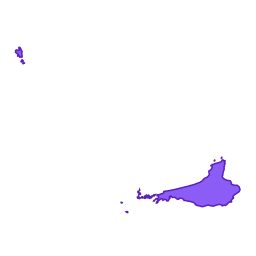 Phu Quoc, Kiên Giang, Vietnam, rotated 88°
{"feature_id": "81297802B871478188231", "entity_name": "Phu Quoc", "entity_type": "district", "adm_level": 2, "iso_a3": "VNM", "parent_name": "Vietnam", "parent_adm1": "Kiên Giang", "projection": "mercator", "projection_center": [103.915, 9.853], "detail": "fine", "context": "isolated", "style": "filled", "palette": "violet", "viewbox_px": 256, "rotation_deg": 88, "n_neighbors": 0, "source": "geoboundaries", "source_scale": "gbopen_adm2", "svg_char_len": 5755}
<svg xmlns="http://www.w3.org/2000/svg" viewBox="0 0 256 256"><g transform="rotate(88 128 128)"><path d="M200.4,25.6L199.6,25.2L198.6,24.1L195.5,19.1L194.0,18.4L193.2,18.2L192.2,18.6L191.3,18.7L190.7,19.0L189.2,20.6L189.0,21.3L189.0,23.1L188.7,24.2L188.1,25.9L187.8,26.4L187.0,26.7L185.8,26.9L185.0,27.2L184.3,27.7L183.7,31.0L182.4,33.5L181.2,34.8L180.3,35.4L179.8,35.5L179.2,35.5L178.7,35.0L178.1,35.1L177.9,34.9L175.2,34.4L174.8,34.1L174.1,34.0L173.5,33.6L172.6,33.5L172.3,33.3L170.7,33.4L169.7,33.0L168.3,32.9L167.9,32.7L167.5,32.7L166.8,32.2L166.6,32.3L166.2,32.7L165.8,32.8L165.5,32.7L165.2,32.3L164.2,32.1L163.9,32.2L163.9,32.3L164.2,32.9L164.2,33.5L163.6,33.9L163.5,34.5L163.2,34.5L163.3,34.7L163.2,35.0L163.4,35.2L163.8,35.2L164.7,35.9L165.1,36.5L165.5,37.7L166.1,39.7L166.5,42.0L167.6,44.6L167.4,45.1L167.6,45.3L168.1,45.6L168.3,46.4L168.6,46.4L168.5,45.8L169.0,45.4L169.7,45.3L170.2,45.4L171.0,45.6L172.2,46.3L173.2,47.4L173.5,48.4L174.2,48.7L175.4,48.7L176.8,48.2L178.2,48.9L179.1,49.7L179.8,50.5L180.3,51.6L180.8,52.6L180.9,53.1L181.3,53.8L181.9,54.1L182.4,54.9L183.1,55.2L183.4,55.6L183.9,56.4L184.1,57.0L184.6,57.6L185.0,58.4L185.9,61.5L186.2,62.0L186.2,62.3L186.4,62.7L186.9,64.3L187.6,67.0L187.5,67.5L187.8,67.8L191.3,84.5L192.5,92.2L192.3,92.9L192.6,93.4L192.5,94.1L192.8,94.4L193.1,94.4L193.3,94.6L193.7,94.5L194.0,94.6L194.4,95.1L194.8,96.4L194.8,97.1L195.4,97.8L195.5,98.7L195.8,99.0L195.9,99.8L195.7,100.2L195.9,100.4L195.8,100.9L196.1,101.4L196.7,101.3L196.9,100.2L197.7,99.9L198.3,99.9L198.6,99.9L199.3,100.4L200.0,101.3L200.4,100.6L201.1,100.2L201.4,100.3L201.6,100.5L201.7,100.9L202.0,101.2L202.4,101.4L202.7,101.8L203.9,102.3L203.9,101.7L203.4,101.0L203.0,100.6L202.6,101.0L202.0,100.8L201.6,100.2L201.5,99.6L200.9,98.9L199.9,97.5L199.9,96.6L200.3,95.8L200.6,95.6L201.2,95.9L201.5,95.5L200.8,94.8L200.8,93.3L201.0,92.6L201.4,91.9L201.6,91.8L201.9,91.9L202.2,91.8L202.1,91.2L202.3,90.6L202.2,90.3L202.0,90.1L201.7,90.0L200.9,89.8L200.6,89.4L199.4,88.4L199.2,88.4L199.1,88.9L198.8,89.1L198.4,89.0L197.8,88.5L197.4,87.5L197.6,87.2L197.9,87.3L199.0,86.0L198.9,84.4L199.1,83.2L199.9,82.4L200.1,82.3L200.3,82.1L201.1,80.7L200.4,79.0L199.9,78.5L199.9,77.5L200.2,76.7L200.9,75.5L202.3,74.5L202.1,74.3L202.3,73.9L203.4,69.8L203.3,69.4L204.6,65.4L205.4,64.1L206.0,63.6L206.5,63.6L206.8,63.1L207.0,63.1L207.3,62.7L207.9,61.4L208.4,59.1L208.8,57.9L209.2,57.2L209.1,56.3L209.1,55.2L208.9,54.6L208.7,53.8L208.2,52.6L208.0,51.0L208.0,49.8L208.6,48.2L208.8,47.0L209.1,45.9L209.1,45.6L209.0,45.1L208.0,42.0L208.0,41.3L207.7,40.7L207.7,39.9L207.7,38.6L208.0,37.5L208.6,36.8L209.1,36.6L209.1,36.4L208.5,34.6L208.6,33.9L208.8,33.4L208.5,32.8L207.9,32.2L207.9,31.9L207.6,31.7L207.4,31.3L206.1,30.2L205.7,29.5L205.5,28.6L204.8,27.9L204.8,27.6L204.9,27.4L205.5,27.4L205.4,27.1L205.0,27.0L204.7,27.4L204.6,27.5L203.8,27.3L202.2,25.7L202.0,25.2L201.7,25.0L201.2,25.0L201.0,25.5L200.8,25.6L200.4,25.6ZM49.4,231.6L48.3,231.2L47.7,231.2L46.5,231.9L44.4,232.7L43.8,233.2L43.6,233.6L43.5,234.0L44.0,234.3L44.4,234.3L45.9,233.8L46.4,233.8L46.7,234.1L46.7,234.8L46.1,236.0L46.1,236.4L46.4,237.4L46.8,237.7L47.0,237.8L47.7,237.5L48.5,237.7L49.7,236.4L50.2,235.4L51.3,235.1L52.0,234.4L52.5,234.1L53.2,233.9L53.5,233.6L53.4,232.8L53.5,231.7L53.2,231.4L52.9,231.3L51.2,231.4L49.4,231.6ZM196.9,109.3L196.6,109.1L196.1,109.3L196.1,109.9L196.0,110.0L196.4,110.2L196.6,110.7L196.5,111.0L196.2,111.3L196.4,111.3L196.5,111.6L196.7,111.8L196.7,112.3L196.4,112.5L196.3,112.8L196.1,112.8L196.2,113.1L196.7,113.3L196.8,113.6L197.0,113.4L197.5,113.7L197.6,113.9L197.6,114.1L198.0,114.5L198.4,114.6L198.6,114.3L198.8,114.1L199.0,113.5L198.9,113.2L198.3,112.9L198.1,112.4L198.2,111.9L198.4,111.6L198.5,111.3L198.4,110.8L197.5,109.5L197.4,109.4L197.2,109.5L197.1,109.3L196.9,109.3ZM198.6,108.1L198.7,107.5L198.5,107.1L198.0,106.8L197.8,106.4L197.3,106.1L196.7,106.2L196.9,106.9L197.4,107.4L197.5,108.3L198.1,108.3L198.8,109.1L199.1,109.2L199.2,108.9L198.8,108.1L198.6,108.1ZM57.8,232.7L58.1,232.6L58.2,232.4L58.3,231.2L57.5,230.4L57.1,230.4L56.2,231.3L56.1,231.5L56.3,231.7L57.1,231.9L57.5,232.6L57.8,232.7ZM196.7,104.9L196.9,104.6L196.8,104.1L196.3,103.6L195.5,103.0L195.6,104.4L196.2,105.0L196.7,104.9ZM197.7,116.9L198.5,116.4L198.5,116.1L198.2,115.8L197.5,115.8L197.1,116.1L197.2,116.6L197.7,116.9ZM211.7,132.8L212.3,132.1L212.5,131.3L212.2,131.1L211.7,131.3L211.4,131.7L211.4,132.0L211.6,132.3L211.7,132.8ZM194.7,118.0L194.6,117.8L194.3,117.8L193.9,117.9L193.9,118.1L193.5,118.1L193.4,118.3L193.7,118.6L194.1,118.6L194.7,119.3L194.8,119.1L194.6,118.2L194.7,118.0ZM192.9,119.7L192.3,119.4L191.9,119.6L191.6,119.7L191.5,119.9L191.8,120.3L192.5,120.4L192.9,120.2L193.0,119.9L193.3,119.6L192.9,119.7ZM60.0,230.8L60.1,230.6L59.8,230.0L59.7,229.3L59.5,229.2L59.1,229.7L59.7,230.5L60.0,230.8ZM197.3,119.7L197.6,119.5L197.5,119.4L197.0,119.7L196.4,119.6L196.1,119.9L196.5,120.1L196.9,120.0L197.1,120.3L197.2,120.2L197.3,119.7ZM198.4,118.6L198.4,118.3L198.1,118.2L198.1,118.7L198.3,118.8L198.3,119.0L198.9,119.2L199.0,118.9L198.8,118.5L198.7,118.5L198.4,118.6ZM52.2,235.8L52.4,235.7L52.2,235.3L51.8,235.2L51.6,235.4L51.6,235.7L52.2,235.8ZM202.8,137.0L202.8,136.7L202.4,136.5L202.4,136.9L202.0,137.2L202.0,137.4L202.3,137.5L202.8,137.0ZM200.6,102.9L199.5,102.1L199.5,102.3L199.7,102.6L200.5,103.1L200.7,103.5L200.8,103.6L200.7,103.4L200.6,102.9ZM160.8,35.2L160.6,35.3L160.8,35.6L161.1,35.7L161.4,35.7L161.3,35.3L160.8,35.2ZM163.3,42.3L163.1,42.5L163.5,42.9L163.9,42.8L163.8,42.5L163.3,42.3ZM201.9,105.0L202.0,104.6L201.6,104.5L200.9,103.8L201.3,104.6L201.9,105.0ZM198.2,121.0L198.6,120.6L198.5,120.2L198.2,120.3L198.2,120.8L198.0,121.0L198.2,121.0ZM190.8,118.6L190.8,117.9L190.6,118.5L190.2,118.6L190.5,118.7L190.8,118.6Z" fill="#8b5cf6" stroke="#5b21b6" stroke-width="1.5"/></g></svg>